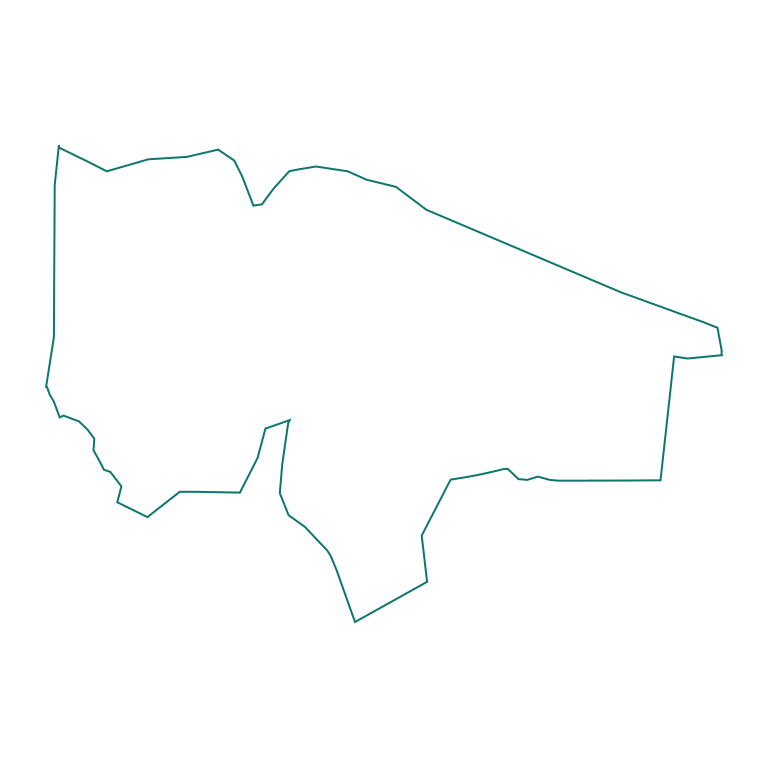 outline of Melit, North Darfur, Sudan
{"feature_id": "16777658B8925741103615", "entity_name": "Melit", "entity_type": "district", "adm_level": 2, "iso_a3": "SDN", "parent_name": "Sudan", "parent_adm1": "North Darfur", "projection": "equal_earth", "projection_center": [26.262, 14.2], "detail": "fine", "context": "isolated", "style": "outline", "palette": "teal", "viewbox_px": 768, "rotation_deg": 0, "n_neighbors": 0, "source": "geoboundaries", "source_scale": "gbopen_adm2", "svg_char_len": 1272}
<svg xmlns="http://www.w3.org/2000/svg" viewBox="0 0 768 768"><path d="M355.0,622.0L427.1,581.8L421.7,535.6L448.8,483.1L450.8,479.6L468.6,476.7L480.7,474.4L496.2,470.9L502.8,469.2L507.7,468.8L518.5,479.1L527.2,479.9L537.9,476.6L549.8,479.9L558.7,480.7L602.0,480.6L630.2,480.5L660.5,480.3L670.4,390.5L671.8,377.4L674.1,356.5L687.6,358.5L721.7,355.2L721.9,355.2L721.7,354.1L721.6,353.9L721.6,352.9L721.6,350.4L721.1,347.3L721.0,347.1L720.9,346.1L720.2,342.6L720.1,342.1L719.6,339.1L719.0,336.3L719.0,336.1L718.4,332.8L718.1,331.1L717.5,327.8L704.0,322.4L678.8,313.3L620.6,292.2L426.4,209.8L396.0,186.9L366.5,179.7L347.7,171.3L316.0,166.5L297.7,169.5L289.2,171.3L273.5,188.7L261.9,204.4L253.4,205.6L242.3,176.7L234.2,160.5L218.1,149.6L186.8,156.9L148.4,159.3L106.8,171.3L86.7,161.1L58.8,147.5L59.0,146.0L58.8,146.0L54.7,185.2L54.6,207.8L54.3,257.9L53.9,337.1L46.1,386.8L47.0,387.0L49.9,395.1L53.8,401.5L59.7,417.4L63.5,415.6L79.0,421.4L87.6,429.7L94.3,438.7L93.5,450.3L99.9,461.8L104.0,469.8L110.4,472.0L121.4,486.4L117.3,502.3L147.4,517.1L179.7,491.8L195.5,491.8L239.9,492.6L257.6,457.9L265.4,428.6L289.7,420.1L288.1,423.6L282.2,464.6L279.8,493.1L288.6,515.2L305.0,527.0L327.4,550.7L330.9,556.3L336.7,570.5L355.0,622.0Z" fill="none" stroke="#0f766e" stroke-width="2"/></svg>